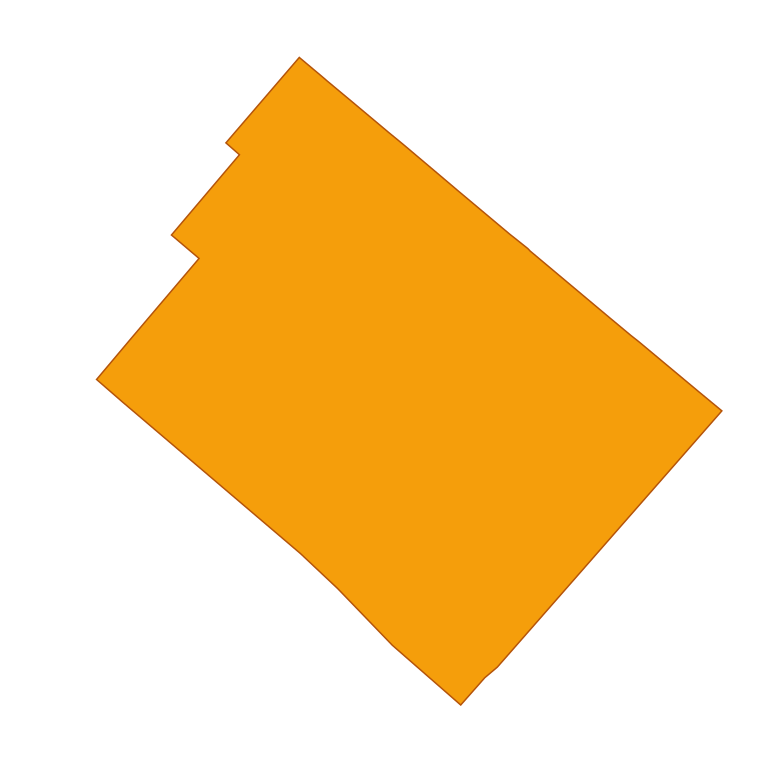 outline of Ripley, Missouri, United States of America, rotated 220°
{"feature_id": "52423323B14772926115181", "entity_name": "Ripley", "entity_type": "district", "adm_level": 2, "iso_a3": "USA", "parent_name": "United States of America", "parent_adm1": "Missouri", "projection": "robinson", "projection_center": [-90.827, 36.661], "detail": "fine", "context": "isolated", "style": "filled", "palette": "amber", "viewbox_px": 768, "rotation_deg": 220, "n_neighbors": 0, "source": "geoboundaries", "source_scale": "gbopen_adm2", "svg_char_len": 639}
<svg xmlns="http://www.w3.org/2000/svg" viewBox="0 0 768 768"><g transform="rotate(220 384 384)"><path d="M118.9,187.4L118.0,223.8L115.2,240.0L107.9,580.6L138.1,580.4L138.5,580.4L216.5,580.2L226.0,579.9L253.3,579.8L271.5,579.8L273.9,579.8L355.4,579.8L357.8,579.8L358.1,579.9L360.9,580.2L384.3,579.6L450.4,579.6L452.3,579.6L469.1,579.7L523.6,579.9L541.9,579.7L581.7,579.7L586.4,579.7L622.4,579.6L629.5,579.7L640.7,579.7L649.7,579.7L658.8,579.7L660.1,467.1L642.1,466.7L642.6,361.5L606.4,361.3L607.0,256.5L607.1,202.7L572.1,202.1L339.0,200.4L288.0,197.5L209.5,189.2L118.9,187.4Z" fill="#f59e0b" stroke="#b45309" stroke-width="1.5"/></g></svg>